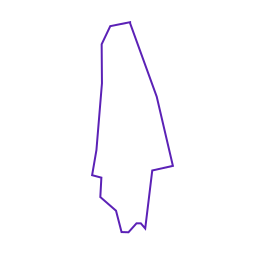 SVG path tracing the border of Merthyr Tydfil, rotated 202°
{"feature_id": "GBR-2114", "entity_name": "Merthyr Tydfil", "entity_type": "Unitary Authority (wales)", "adm_level": 1, "iso_a3": "GBR", "parent_name": "United Kingdom", "parent_adm1": "", "projection": "albers", "projection_center": [-3.362, 51.738], "detail": "fine", "context": "isolated", "style": "outline", "palette": "violet", "viewbox_px": 256, "rotation_deg": 202, "n_neighbors": 0, "source": "natural_earth", "source_scale": "10m", "svg_char_len": 375}
<svg xmlns="http://www.w3.org/2000/svg" viewBox="0 0 256 256"><g transform="rotate(202 128 128)"><path d="M143.6,70.8L149.0,95.7L168.9,159.7L183.8,195.8L182.6,215.8L165.7,226.9L165.2,225.8L113.1,167.8L72.2,109.7L89.6,97.7L74.4,41.3L80.4,44.4L84.4,42.8L88.5,31.5L95.0,29.1L108.1,46.8L127.8,53.6L134.1,72.0L143.6,70.8Z" fill="none" stroke="#5b21b6" stroke-width="2"/></g></svg>